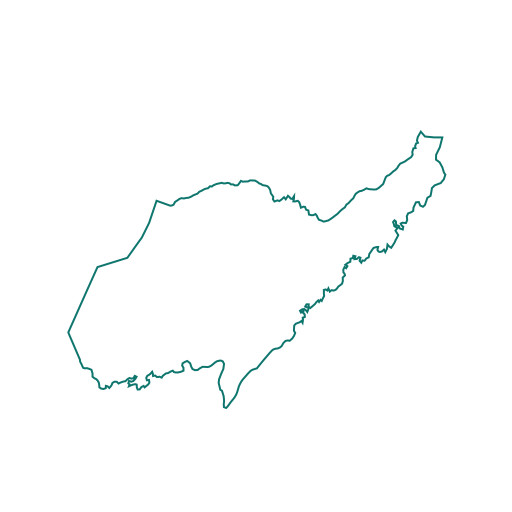 outline of Turilândia, Maranhão, Brazil, rotated 24°
{"feature_id": "56859067B16746670752925", "entity_name": "Turilândia", "entity_type": "district", "adm_level": 2, "iso_a3": "BRA", "parent_name": "Brazil", "parent_adm1": "Maranhão", "projection": "equal_earth", "projection_center": [-45.364, -2.12], "detail": "fine", "context": "isolated", "style": "outline", "palette": "teal", "viewbox_px": 512, "rotation_deg": 24, "n_neighbors": 0, "source": "geoboundaries", "source_scale": "gbopen_adm2", "svg_char_len": 5414}
<svg xmlns="http://www.w3.org/2000/svg" viewBox="0 0 512 512"><g transform="rotate(24 256 256)"><path d="M356.0,75.4L355.7,78.5L355.4,81.5L356.1,85.1L357.9,86.7L356.5,88.1L356.7,91.0L357.9,92.5L356.0,93.6L356.5,97.5L357.9,99.7L357.5,102.6L355.1,106.4L353.8,108.8L351.8,111.2L350.2,112.9L349.5,115.7L349.2,118.3L348.2,121.0L347.0,122.8L345.8,125.7L344.7,127.9L343.2,129.4L342.5,131.3L342.7,135.2L342.9,138.5L341.6,141.4L340.4,143.9L338.8,146.2L336.7,147.3L333.7,148.4L331.4,149.1L329.3,149.3L327.9,151.4L325.7,153.8L324.3,154.6L322.9,156.7L321.8,158.6L321.5,161.3L321.4,163.7L320.4,166.0L319.7,167.9L319.0,170.1L317.7,172.3L317.4,175.4L315.9,178.0L314.5,181.0L313.3,184.4L311.3,188.0L310.3,189.9L309.2,191.7L307.7,194.0L305.3,196.0L303.7,197.1L301.7,197.0L298.7,197.3L296.6,195.8L295.1,194.4L293.3,193.5L291.8,195.3L290.3,196.1L287.6,196.6L285.3,193.1L282.9,193.3L280.8,191.2L279.2,191.7L277.4,193.6L275.3,191.0L273.5,189.2L271.7,188.6L269.8,190.1L267.9,190.9L267.4,188.4L266.4,185.8L265.9,189.1L264.3,189.5L262.9,188.7L260.7,188.0L260.1,192.1L257.7,190.9L256.3,194.1L255.0,196.3L252.9,196.5L250.7,198.7L248.4,197.3L247.7,194.9L246.3,194.0L244.1,192.7L242.0,189.8L239.9,188.3L238.1,187.6L236.2,187.8L233.2,188.6L231.3,188.2L229.5,188.4L227.3,187.8L224.4,187.5L219.9,189.3L218.3,191.2L215.5,192.5L213.7,193.5L211.7,193.5L211.1,196.6L210.5,198.8L208.0,200.1L205.9,199.9L203.9,200.8L202.3,200.3L200.4,200.7L198.6,202.0L197.1,202.8L194.7,203.2L193.2,204.4L190.7,206.2L188.2,208.9L187.4,210.5L185.6,211.0L184.6,213.6L182.4,215.2L180.8,217.0L179.7,218.6L178.1,220.3L177.2,222.8L174.0,226.1L172.6,228.2L170.7,230.2L169.0,231.1L166.8,232.7L164.4,233.5L162.9,234.9L161.9,236.7L160.1,239.4L159.8,242.7L158.6,244.1L157.2,244.9L142.7,246.0L144.9,269.3L144.2,285.8L143.3,289.8L139.2,310.0L115.7,330.6L115.6,354.1L115.6,370.9L115.6,375.4L115.6,402.1L117.1,403.6L137.2,422.2L138.4,424.1L140.7,425.9L142.4,427.5L143.8,428.5L145.6,428.1L147.2,427.2L150.1,426.9L152.0,426.9L154.5,429.9L155.8,432.8L158.1,433.4L160.3,433.5L162.1,434.3L163.8,435.5L165.1,437.4L166.4,439.7L168.5,440.1L170.8,439.5L172.5,437.9L171.7,435.7L173.5,435.4L175.7,436.2L176.6,433.1L176.5,430.2L177.9,428.4L179.9,427.5L182.3,428.4L183.7,426.7L185.6,424.9L187.6,423.5L188.8,420.6L190.1,418.9L192.0,418.7L193.7,417.6L194.0,414.8L196.0,414.9L195.7,417.4L194.8,420.1L193.1,421.6L190.8,421.8L191.2,424.3L192.7,424.7L192.9,426.7L194.3,425.1L196.0,423.5L197.8,422.2L199.3,422.0L200.7,424.7L202.2,426.1L204.0,425.2L204.6,422.4L206.2,420.4L207.7,421.3L209.8,417.1L210.1,415.0L208.7,412.8L206.9,413.9L205.3,412.0L205.4,409.7L206.6,408.1L207.5,406.5L208.2,404.0L209.6,405.4L210.8,407.5L212.5,406.2L214.7,406.9L217.1,405.5L219.3,405.5L219.6,403.3L221.5,399.9L223.3,398.7L225.0,396.3L226.6,394.6L228.3,395.4L229.9,395.1L232.1,394.1L234.3,392.5L236.4,390.3L235.2,387.6L233.1,386.1L232.6,383.9L234.3,381.5L235.8,379.9L237.3,380.2L239.5,380.8L242.0,383.6L244.0,385.1L246.8,385.1L249.1,383.8L250.0,382.0L252.2,379.0L254.9,377.9L256.8,377.2L258.2,376.3L259.8,374.2L260.9,372.0L261.9,369.9L263.1,368.1L264.7,366.8L266.4,365.8L268.6,365.8L270.7,367.6L272.1,372.4L272.1,377.5L272.4,383.7L273.5,387.1L277.8,392.7L279.6,392.9L281.3,394.7L283.5,397.3L285.0,399.9L286.1,402.1L286.8,404.5L288.2,407.1L290.5,407.0L291.3,405.0L291.8,402.5L292.5,399.2L293.4,396.0L293.9,393.9L294.3,390.8L294.2,388.2L293.8,385.1L293.4,382.2L293.4,379.6L293.6,377.0L294.1,374.4L294.9,371.8L296.7,366.0L297.9,362.9L299.3,361.1L301.1,359.5L302.5,358.3L303.1,356.0L303.9,352.9L305.2,348.2L307.8,339.4L308.7,336.7L309.5,334.8L311.3,332.9L313.6,331.5L315.2,329.7L316.1,327.7L316.4,324.4L317.5,321.6L319.4,320.2L321.2,319.8L322.7,316.6L323.2,313.4L323.1,310.3L321.2,309.0L320.2,306.7L319.2,303.9L319.9,301.7L321.4,300.2L323.0,298.6L323.9,296.9L325.7,298.1L324.9,295.2L323.8,293.3L325.4,291.9L324.2,289.5L322.5,289.0L321.7,286.9L320.1,289.4L318.5,288.1L319.8,286.0L321.6,284.8L323.8,285.3L325.6,286.3L325.5,283.2L324.7,281.0L326.8,281.4L328.4,278.1L329.4,275.9L329.9,273.6L330.9,271.3L332.3,272.3L332.8,269.8L334.3,270.3L334.3,267.9L334.5,264.8L333.3,262.7L331.8,259.4L333.3,258.2L335.2,258.5L335.3,256.1L337.9,258.5L338.9,256.5L341.0,256.0L342.5,254.5L343.2,252.7L343.6,250.5L345.1,247.9L345.9,246.2L345.5,243.5L344.0,240.4L345.2,237.5L344.0,236.1L342.5,235.4L341.3,232.9L341.4,230.0L343.3,230.5L343.6,228.1L341.2,227.6L342.7,225.0L344.5,222.9L343.4,220.0L345.3,218.5L344.8,216.2L346.9,215.8L347.3,218.8L349.4,217.6L350.5,215.2L352.1,215.1L352.6,218.2L354.9,219.3L355.0,216.8L357.1,216.2L357.8,213.4L359.5,211.4L358.7,208.0L359.2,205.4L359.6,203.1L360.1,200.8L362.2,199.0L363.9,198.1L364.4,201.0L366.1,202.1L367.6,201.9L369.2,200.7L370.3,198.1L372.5,199.9L372.7,196.3L371.5,192.1L373.4,193.0L376.2,193.5L377.1,187.6L377.1,184.5L377.3,182.2L377.5,179.1L373.1,176.1L373.9,172.7L370.4,172.6L368.8,170.6L367.4,169.2L368.0,167.1L369.7,167.5L371.4,170.6L374.3,170.5L376.0,172.4L379.3,172.1L378.6,169.3L376.7,169.0L375.0,167.5L376.3,166.0L379.6,164.9L379.5,161.7L377.6,158.3L377.6,155.2L379.8,153.1L381.3,150.9L380.2,147.8L380.3,141.9L382.8,140.5L385.5,143.1L388.5,143.1L389.6,140.7L388.9,133.0L391.0,130.1L390.0,125.7L389.1,122.4L390.5,118.8L395.1,114.2L396.4,109.5L395.9,104.7L393.7,103.3L390.3,99.3L385.6,95.7L381.3,94.8L379.4,90.4L379.7,81.9L378.0,71.9L370.2,75.3L361.8,78.1L356.0,75.4ZM324.7,281.0L323.4,282.2L321.5,282.2L321.8,279.6L323.8,278.7L324.7,281.0Z" fill="none" stroke="#0f766e" stroke-width="2"/></g></svg>